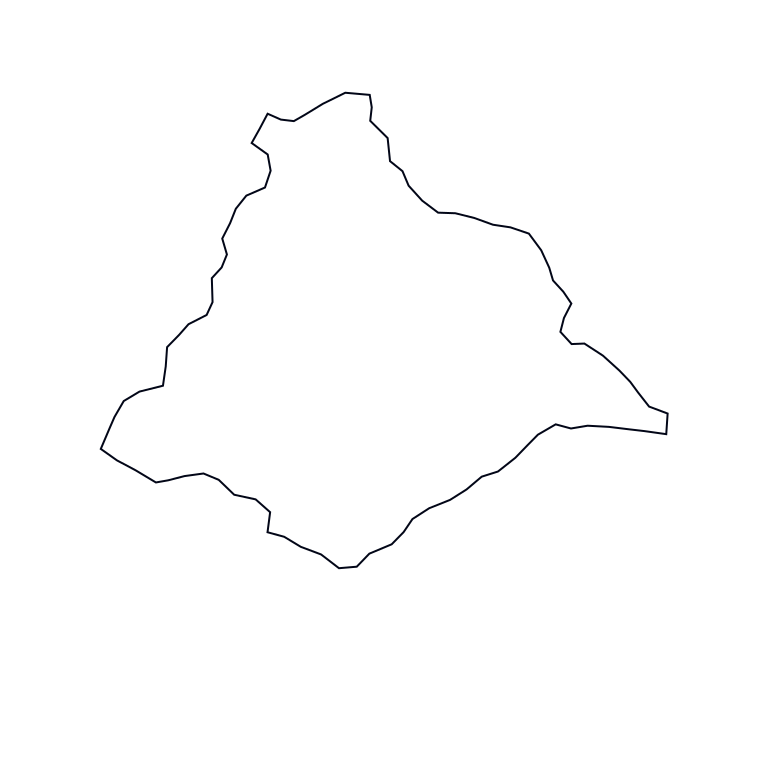 Campo Limpo Paulista, São Paulo, Brazil (Mercator projection), rotated 127°
{"feature_id": "56859067B17451469585276", "entity_name": "Campo Limpo Paulista", "entity_type": "district", "adm_level": 2, "iso_a3": "BRA", "parent_name": "Brazil", "parent_adm1": "São Paulo", "projection": "mercator", "projection_center": [-46.762, -23.21], "detail": "fine", "context": "isolated", "style": "outline", "palette": "ink", "viewbox_px": 768, "rotation_deg": 127, "n_neighbors": 0, "source": "geoboundaries", "source_scale": "gbopen_adm2", "svg_char_len": 1306}
<svg xmlns="http://www.w3.org/2000/svg" viewBox="0 0 768 768"><g transform="rotate(127 384 384)"><path d="M566.1,371.8L564.1,352.4L558.0,331.7L558.2,309.1L546.3,295.8L528.3,293.6L507.4,281.4L490.4,279.2L474.7,280.0L455.9,273.1L436.8,261.5L418.5,254.6L399.2,250.2L385.3,240.3L363.9,234.7L346.2,232.5L331.9,230.6L312.9,222.6L307.0,207.9L294.8,196.3L282.9,178.6L272.7,161.0L264.9,147.7L254.2,128.4L236.9,139.7L242.5,158.7L237.9,175.9L234.1,188.6L231.6,204.1L229.6,226.2L231.1,248.3L239.2,258.2L236.2,274.5L223.0,280.0L207.0,282.8L202.4,296.3L199.6,311.3L191.7,322.0L182.6,338.9L176.7,358.8L182.8,377.3L191.2,392.8L197.1,411.9L204.7,429.8L214.6,443.9L214.6,463.8L210.8,483.7L202.9,497.3L202.4,513.3L185.4,529.1L182.1,553.4L170.4,560.3L161.7,569.4L174.7,590.2L197.1,601.5L216.6,609.2L228.3,614.2L234.9,625.5L238.2,639.6L255.0,636.9L271.2,634.7L270.7,615.0L281.9,602.9L298.7,597.3L316.4,607.3L333.2,607.8L348.2,603.7L365.2,600.7L375.1,587.4L388.6,583.8L403.1,585.2L421.8,570.2L435.6,567.2L453.9,576.1L468.1,577.2L485.1,579.4L501.3,568.9L518.4,559.5L537.2,574.7L554.2,581.6L572.5,579.4L584.2,576.6L606.3,571.1L605.7,551.2L602.4,530.4L599.9,506.9L590.8,498.4L577.6,487.9L564.1,474.3L560.0,458.3L562.6,437.0L553.4,417.1L554.9,397.8L572.5,387.8L566.1,371.8Z" fill="none" stroke="#020617" stroke-width="2"/></g></svg>